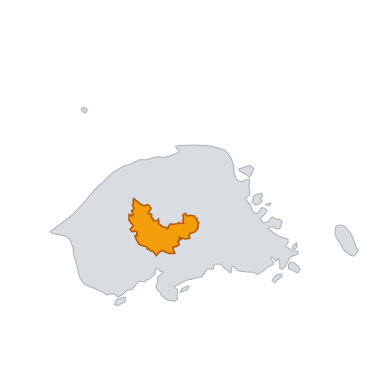 South Korea, with North Chungcheong highlighted, rotated 256°
{"feature_id": "KOR-2494", "entity_name": "North Chungcheong", "entity_type": "Province", "adm_level": 1, "iso_a3": "KOR", "parent_name": "South Korea", "parent_adm1": "", "projection": "mercator", "projection_center": [127.84, 36.597], "detail": "fine", "context": "in_parent", "style": "filled", "palette": "amber", "viewbox_px": 384, "rotation_deg": 256, "n_neighbors": 0, "source": "natural_earth", "source_scale": "10m", "svg_char_len": 6068}
<svg xmlns="http://www.w3.org/2000/svg" viewBox="0 0 384 384"><g transform="rotate(256 192 192)"><path d="M111.3,91.9L112.6,90.8L112.7,89.3L112.7,84.4L116.6,80.9L122.1,73.8L124.8,70.0L127.8,66.3L131.4,63.9L134.8,62.7L140.3,62.2L150.8,62.7L152.8,62.3L160.1,61.9L161.9,62.6L167.2,63.0L173.0,62.5L176.0,61.5L178.7,59.7L181.1,56.4L183.6,50.4L186.2,45.7L187.8,44.8L198.5,69.9L208.8,86.0L217.5,97.7L230.0,120.0L233.6,131.9L234.0,139.2L236.0,149.3L234.3,155.1L234.8,164.1L234.0,168.8L232.5,172.2L232.4,178.8L232.9,182.3L233.0,186.9L233.9,188.8L235.4,189.4L237.6,187.7L240.4,187.0L239.9,192.6L236.6,206.7L233.7,217.0L229.7,225.9L224.7,234.0L218.6,237.1L214.4,238.3L206.3,238.7L199.5,237.3L193.8,238.3L191.4,240.0L189.7,242.9L191.0,247.4L190.8,250.7L188.3,250.4L183.4,248.5L178.0,248.2L175.5,247.3L172.9,242.6L170.3,242.7L165.7,245.5L158.8,246.2L156.3,247.7L155.5,249.6L156.5,252.1L160.0,255.4L158.8,258.7L155.2,260.3L152.2,256.3L150.4,252.3L148.3,252.1L145.1,253.2L144.5,257.5L146.0,260.4L148.4,263.8L145.0,267.7L144.1,270.4L141.6,272.4L135.0,268.0L135.9,264.9L138.8,261.8L139.2,258.7L138.2,256.8L128.7,264.8L122.9,273.7L119.8,273.1L118.4,270.8L116.6,269.8L110.3,275.6L109.1,280.2L106.8,280.4L105.8,278.4L105.7,274.3L104.6,270.8L98.1,265.7L95.1,261.2L96.7,258.7L102.2,260.1L106.5,259.9L105.6,257.8L104.2,256.8L107.1,255.6L109.5,253.1L107.5,252.5L104.5,253.9L101.9,253.2L100.9,247.3L97.8,241.3L96.2,235.5L99.3,232.1L100.8,226.8L103.7,219.2L105.1,216.8L109.0,215.0L110.4,213.0L108.3,212.0L104.8,211.1L104.9,208.9L107.3,207.7L109.9,205.3L115.0,202.3L116.5,196.7L115.1,195.3L111.9,194.0L112.6,191.2L113.9,189.0L113.4,187.7L109.7,184.1L107.2,180.7L107.9,176.9L107.4,171.2L107.7,166.4L107.5,163.8L105.7,157.9L104.9,151.9L102.5,152.8L100.5,154.3L93.6,152.2L91.4,152.1L90.5,147.7L93.0,142.2L98.9,137.4L102.3,136.8L104.9,134.7L108.8,134.0L113.6,137.3L117.9,138.0L120.3,143.6L121.8,144.8L122.1,142.7L125.5,140.3L126.4,138.5L125.6,137.5L121.6,136.5L118.0,129.5L117.5,126.4L116.2,124.5L118.2,118.9L114.0,112.5L112.0,110.5L112.3,104.7L110.1,101.0L108.9,99.0L108.2,95.5L108.8,94.0L110.7,93.4L111.3,91.9ZM97.8,338.0L95.8,339.2L94.0,338.5L93.5,337.9L91.3,334.9L90.7,333.3L92.2,330.4L98.3,325.5L114.0,320.9L116.8,320.7L123.0,322.7L124.4,326.4L123.2,329.6L121.8,331.8L114.6,335.5L109.0,337.2L97.8,338.0ZM203.9,254.5L199.7,257.8L194.1,253.4L192.8,251.0L197.1,247.4L200.7,243.3L203.0,243.0L203.9,254.5ZM174.2,254.1L173.7,259.4L170.6,259.6L168.8,256.3L166.8,257.9L165.8,257.9L164.2,253.7L163.9,250.5L167.6,248.0L169.8,249.5L173.0,250.2L174.2,254.1ZM93.7,277.4L90.9,278.2L89.3,276.3L88.2,275.9L88.9,273.5L93.4,268.7L94.3,267.1L98.6,268.1L100.1,270.6L98.2,274.4L93.7,277.4ZM106.3,94.4L106.1,101.7L103.7,101.4L102.1,100.7L101.3,99.2L99.7,92.4L101.5,89.6L105.1,91.9L106.3,94.4ZM91.0,258.1L90.4,259.4L88.5,259.0L86.6,255.4L85.7,252.4L83.8,250.8L86.9,248.3L90.9,252.9L91.0,258.1ZM101.8,162.9L101.2,166.5L98.3,164.1L97.5,156.4L100.4,158.6L101.8,162.9ZM299.4,108.7L297.4,110.4L295.1,108.7L294.8,107.0L296.0,105.5L298.9,104.6L300.2,105.9L299.4,108.7ZM116.5,278.8L117.3,281.3L113.7,280.8L111.8,278.4L112.1,276.3L114.2,276.0L116.5,278.8ZM162.5,264.3L162.0,266.0L159.8,263.5L162.0,260.7L162.5,264.3Z" fill="#d9dde1" stroke="#a8b0b8" stroke-width="1"/><path d="M149.0,135.1L150.1,134.3L152.2,130.4L152.4,130.0L152.7,129.5L153.0,129.3L153.4,129.0L153.7,128.5L154.1,127.9L158.7,126.6L163.4,126.0L163.0,128.6L164.3,128.3L165.7,128.4L166.0,128.7L166.4,128.8L166.8,128.5L167.0,128.2L167.9,127.6L167.7,124.9L168.5,123.9L170.8,123.1L172.4,124.9L172.4,126.1L173.0,126.8L174.4,126.5L175.9,125.7L176.8,125.0L177.8,125.2L178.7,124.7L179.7,124.0L182.2,124.8L184.7,125.2L185.5,125.5L184.9,126.6L183.7,127.5L182.9,128.7L183.4,129.2L184.0,129.6L184.4,129.6L184.8,129.4L186.2,129.0L188.2,128.7L188.7,129.2L188.6,130.0L189.5,130.9L189.8,131.6L190.6,131.6L191.5,131.4L192.6,131.1L193.6,131.0L194.7,131.8L195.8,132.6L197.0,132.8L198.1,132.9L199.0,133.3L199.9,133.9L199.3,134.5L198.7,134.9L198.2,134.7L197.8,134.9L196.8,136.0L195.7,136.9L194.9,137.6L194.0,137.9L193.5,138.4L193.1,139.1L191.7,140.0L190.8,141.4L190.3,142.5L189.8,143.5L190.1,144.0L190.6,144.6L190.0,146.7L186.3,148.3L184.8,147.7L184.1,146.4L183.1,145.5L182.3,145.0L181.8,144.4L181.2,144.9L180.7,145.7L180.5,146.5L180.2,147.4L178.9,147.3L177.6,146.8L176.9,146.4L176.1,146.9L175.4,147.8L174.5,147.9L173.8,147.4L173.3,148.3L172.7,149.5L172.4,150.7L173.3,151.8L173.9,153.0L170.8,152.5L169.1,151.8L168.2,153.2L166.6,153.9L165.3,154.8L165.2,155.5L165.2,156.0L165.0,156.6L164.0,157.9L163.3,158.6L162.7,158.7L162.0,159.0L162.5,160.2L164.2,160.5L166.4,163.7L165.6,164.4L165.2,165.7L165.0,168.7L164.7,170.0L165.0,170.9L165.5,171.8L164.9,173.0L163.9,173.9L164.1,176.5L165.9,176.0L167.0,176.4L168.2,177.4L169.1,177.8L171.3,177.3L172.3,178.0L172.8,180.9L171.9,180.8L170.8,180.6L169.8,181.5L170.0,183.0L170.0,183.7L169.9,184.6L169.5,185.1L169.2,185.8L168.8,187.1L168.1,188.5L167.0,188.8L165.9,189.4L165.4,190.0L164.8,190.5L164.2,190.1L163.5,189.5L161.9,190.3L160.5,191.1L159.8,190.9L159.4,190.4L157.4,189.8L156.8,189.0L156.0,188.5L155.7,188.9L155.4,189.0L155.0,188.6L154.6,188.2L153.6,186.6L152.7,185.0L152.3,183.2L152.4,181.3L151.9,179.7L150.6,178.8L149.3,178.4L147.8,178.7L147.7,177.2L147.8,175.6L148.3,173.5L149.3,171.8L149.7,170.8L150.2,170.0L150.9,169.5L151.1,168.5L150.5,168.3L149.9,168.1L149.1,168.6L148.6,169.4L148.1,167.9L148.0,167.0L147.5,166.7L147.6,166.1L147.0,165.9L146.5,166.7L145.0,167.0L143.7,166.6L143.9,165.6L143.6,165.0L143.2,164.8L142.9,164.5L142.8,164.1L142.9,163.7L143.1,163.1L143.1,162.6L143.1,162.3L143.1,162.0L142.9,161.7L143.0,161.3L143.2,160.7L143.3,160.2L139.9,159.9L136.7,160.6L136.9,158.9L137.4,157.3L137.4,156.4L138.2,154.5L139.4,152.8L140.4,151.2L140.7,150.8L141.1,150.8L141.6,150.7L141.8,150.3L141.8,149.8L142.0,149.2L142.2,148.7L142.3,148.0L142.2,147.4L141.9,146.9L141.5,146.5L141.6,145.4L141.0,145.0L140.3,143.5L139.7,143.1L139.2,142.6L138.8,141.8L140.8,141.2L142.6,140.3L144.1,139.8L144.5,138.2L145.2,137.4L146.3,136.9L146.9,136.2L147.2,135.3L147.9,134.6L148.8,134.8L149.0,135.1Z" fill="#f59e0b" stroke="#b45309" stroke-width="1.5"/></g></svg>